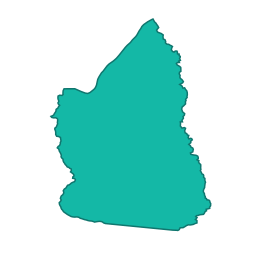 Arapoema, Tocantins, Brazil (Equal Earth projection), rotated 85°
{"feature_id": "56859067B18233430453998", "entity_name": "Arapoema", "entity_type": "district", "adm_level": 2, "iso_a3": "BRA", "parent_name": "Brazil", "parent_adm1": "Tocantins", "projection": "equal_earth", "projection_center": [-49.016, -7.729], "detail": "fine", "context": "isolated", "style": "filled", "palette": "teal", "viewbox_px": 256, "rotation_deg": 85, "n_neighbors": 0, "source": "geoboundaries", "source_scale": "gbopen_adm2", "svg_char_len": 4007}
<svg xmlns="http://www.w3.org/2000/svg" viewBox="0 0 256 256"><g transform="rotate(85 128 128)"><path d="M83.4,188.3L84.4,188.9L85.3,189.4L87.9,189.8L88.9,189.7L89.8,190.8L89.4,193.2L90.1,194.9L92.0,195.2L93.4,195.1L94.6,194.7L95.7,194.7L96.9,195.6L98.1,195.3L99.4,194.1L100.6,195.3L101.9,196.0L103.2,198.0L104.9,198.3L106.1,199.1L107.2,200.1L108.5,200.8L109.2,202.1L109.7,203.8L110.8,203.1L111.4,201.3L111.5,199.2L112.2,198.0L113.1,197.3L114.7,197.5L116.5,197.9L117.7,197.7L118.7,198.3L119.9,198.9L120.8,199.4L121.8,200.9L123.2,201.0L124.5,200.5L126.3,200.4L128.2,200.6L130.0,199.8L130.4,198.0L131.5,196.1L132.7,196.1L134.2,195.9L135.5,196.0L136.5,196.7L137.8,196.8L139.5,197.7L140.3,199.2L141.6,200.2L142.8,198.9L144.0,198.6L145.2,198.4L146.3,197.8L147.6,197.3L149.2,196.8L150.9,197.2L152.1,196.6L153.5,195.4L155.0,195.5L156.5,195.0L157.7,194.2L158.8,193.8L159.9,192.8L161.5,191.9L162.1,190.4L163.1,189.5L163.9,188.1L165.6,188.2L166.7,189.1L167.9,187.7L169.0,186.6L170.1,186.0L171.1,186.0L171.9,187.2L173.3,187.5L173.7,185.7L174.7,184.9L175.7,185.2L176.8,186.0L177.2,187.5L177.9,189.3L178.8,190.4L179.5,191.6L179.8,193.2L181.0,194.1L182.3,195.0L183.3,196.8L184.9,198.0L186.4,197.6L187.4,197.8L188.8,198.8L189.8,200.3L191.0,201.0L192.3,201.5L193.9,200.8L195.3,201.7L196.3,203.0L197.8,203.0L199.3,202.5L200.8,201.8L202.1,201.6L203.1,201.2L204.2,200.3L205.3,199.8L206.3,199.0L207.3,197.7L208.8,196.0L210.0,194.2L211.2,192.4L211.8,190.6L212.1,188.8L212.1,186.6L212.7,184.7L213.8,183.4L214.3,181.9L214.9,180.6L215.5,179.2L216.0,177.5L216.7,176.0L217.2,174.2L217.5,172.4L218.1,170.8L218.8,169.5L218.6,167.6L218.5,165.9L218.5,164.4L218.8,163.0L219.3,161.7L220.4,160.6L221.2,158.8L233.6,92.5L233.9,90.3L234.1,88.7L234.4,87.3L233.7,85.8L232.0,84.8L232.0,83.2L232.1,81.8L231.3,80.1L230.2,78.0L229.7,76.2L230.0,74.7L229.9,72.9L229.7,71.2L229.0,69.5L228.6,67.6L226.2,67.4L225.0,68.8L224.3,67.9L223.2,67.0L222.2,68.3L221.3,67.4L221.2,65.8L220.7,64.1L220.6,60.3L219.2,59.1L217.9,58.4L217.3,57.0L215.8,57.2L215.5,55.5L215.2,53.6L214.0,53.6L212.7,52.5L210.4,52.2L209.3,52.8L207.9,52.9L206.9,53.7L206.3,55.8L205.1,56.0L204.5,57.2L203.1,57.0L201.7,57.6L200.0,57.6L198.2,58.5L196.6,58.3L195.1,57.6L194.1,56.9L192.3,56.6L191.2,56.3L190.2,56.2L188.8,55.5L187.0,56.0L184.9,55.8L183.8,57.0L182.3,56.7L181.0,57.0L180.2,58.3L178.2,59.0L176.8,59.7L175.7,59.0L174.2,59.1L171.9,58.8L170.7,58.8L169.3,60.1L167.9,60.7L166.8,60.2L165.7,62.0L164.6,60.7L163.4,60.6L162.1,61.0L161.1,62.6L160.6,64.9L159.7,67.7L158.3,68.0L157.4,65.5L156.4,65.3L155.0,64.8L153.7,65.2L152.2,67.2L151.2,67.3L149.6,68.9L148.1,66.7L146.6,66.7L145.4,65.0L144.1,65.5L143.7,66.9L144.2,68.2L142.8,69.0L140.7,68.1L140.2,69.4L138.7,70.0L137.8,71.5L135.7,71.8L133.3,70.7L132.5,71.8L132.8,74.2L130.6,75.7L128.3,75.3L126.5,75.4L126.6,73.2L125.1,73.6L123.0,71.9L121.5,72.2L120.1,70.7L118.6,70.3L116.7,72.2L113.9,72.9L111.8,72.2L110.8,70.7L109.0,68.6L106.7,68.5L105.8,67.8L104.5,68.1L102.7,66.4L101.6,66.5L100.2,66.0L97.9,65.9L96.1,66.2L94.5,67.4L92.9,68.1L93.1,69.8L90.9,70.5L89.1,72.7L87.8,69.7L86.7,68.8L85.5,69.4L84.3,70.2L83.2,71.5L81.7,71.9L80.1,71.5L78.5,72.3L76.9,71.8L76.2,70.4L73.6,70.2L72.2,70.2L71.1,71.2L69.5,73.5L67.9,74.2L67.1,73.0L67.2,71.1L65.8,71.6L65.2,69.9L63.3,70.6L62.3,69.9L61.2,69.7L60.3,70.7L58.8,70.6L58.5,72.2L56.6,72.2L55.6,72.6L55.5,74.3L56.4,75.5L55.7,76.9L54.0,78.0L51.9,77.4L50.7,76.6L49.8,77.7L49.1,79.0L48.2,80.1L47.8,82.1L46.4,83.3L45.1,82.9L43.2,83.5L42.5,85.1L40.0,85.2L38.4,84.8L36.8,86.6L35.8,88.7L35.0,90.2L33.0,91.0L31.5,89.6L30.7,88.7L28.7,89.5L27.3,90.4L26.0,91.0L24.6,92.3L21.6,93.6L22.1,95.1L23.2,97.5L23.9,99.1L26.4,103.4L28.1,105.3L30.1,106.6L32.1,108.3L36.1,111.0L37.6,112.3L40.7,116.0L43.0,118.1L45.6,121.6L47.6,123.8L49.1,125.2L55.0,130.8L57.6,133.5L59.9,136.6L62.6,141.3L64.3,143.4L69.4,148.0L70.7,149.6L74.6,152.5L76.9,153.9L82.4,155.6L84.0,156.4L85.7,157.6L86.7,158.8L89.4,162.8L90.1,165.1L89.5,167.5L87.6,171.5L86.5,173.5L84.3,177.5L83.6,185.4L83.4,188.3Z" fill="#14b8a6" stroke="#0f766e" stroke-width="1.5"/></g></svg>